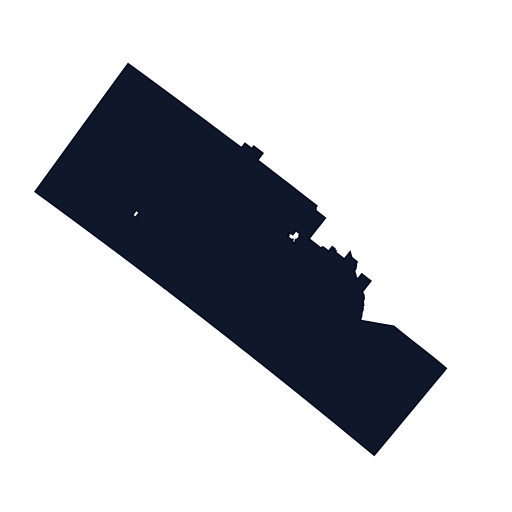 the district of MacDonnell, Northern Territory, Australia, rotated 38°
{"feature_id": "25037944B32264354424251", "entity_name": "MacDonnell", "entity_type": "district", "adm_level": 2, "iso_a3": "AUS", "parent_name": "Australia", "parent_adm1": "Northern Territory", "projection": "albers", "projection_center": [133.822, -24.426], "detail": "fine", "context": "isolated", "style": "filled", "palette": "ink", "viewbox_px": 512, "rotation_deg": 38, "n_neighbors": 0, "source": "geoboundaries", "source_scale": "gbopen_adm2", "svg_char_len": 5452}
<svg xmlns="http://www.w3.org/2000/svg" viewBox="0 0 512 512"><g transform="rotate(38 256 256)"><path d="M475.2,227.4L459.9,226.9L444.3,226.8L428.7,226.8L419.2,226.7L407.8,226.5L394.1,233.9L380.3,241.2L377.8,242.5L377.7,242.2L377.5,241.9L377.4,241.5L377.4,241.3L377.3,241.1L377.0,240.3L376.8,239.9L376.6,239.5L376.4,238.8L376.2,238.4L376.1,238.1L375.7,237.5L375.5,237.2L375.3,236.9L375.0,236.7L374.9,236.6L374.8,236.4L374.7,236.1L374.6,235.9L374.4,235.4L374.3,235.2L374.2,235.0L374.0,234.7L373.9,234.5L373.9,234.3L373.8,234.1L373.7,233.9L373.7,233.7L373.6,233.1L373.6,232.9L373.6,232.7L373.3,232.5L373.1,232.3L373.0,232.2L372.8,231.7L372.7,231.4L372.6,231.2L372.1,230.9L371.9,230.7L371.7,230.5L371.4,230.0L371.3,229.8L371.3,229.5L371.3,228.9L371.2,228.7L371.1,228.4L370.9,228.3L370.8,228.2L370.6,228.1L370.4,228.0L370.3,227.9L370.2,227.8L370.0,227.4L369.9,227.1L369.7,227.0L369.3,226.7L369.1,226.6L368.9,226.5L368.6,226.1L368.4,225.9L368.4,225.7L368.3,225.4L368.3,225.1L368.1,224.7L368.0,224.4L367.7,224.0L367.7,223.9L367.6,223.7L367.6,223.4L367.5,223.1L367.4,222.9L367.0,222.4L366.7,222.3L366.6,222.1L366.4,221.8L366.3,221.7L366.2,221.6L365.8,221.1L365.6,220.9L365.4,220.7L365.0,220.4L364.7,220.3L364.5,220.1L363.9,219.8L363.6,219.6L363.3,219.5L362.9,219.3L362.7,219.3L362.6,219.2L362.2,219.1L361.9,219.0L361.9,204.9L356.6,205.0L355.8,205.0L350.3,204.9L350.4,211.3L348.5,211.2L348.1,211.2L347.3,210.4L346.4,209.7L346.1,209.4L345.8,209.2L345.5,209.0L345.2,208.7L344.9,208.5L343.9,207.9L343.8,207.7L342.7,207.7L342.7,205.3L342.6,205.0L342.4,204.6L342.2,204.3L342.1,204.0L341.7,203.3L341.5,202.9L341.4,202.4L341.2,202.0L341.0,201.7L340.9,201.6L340.8,201.4L339.9,200.5L339.8,200.2L339.7,199.6L339.6,199.3L339.4,198.7L339.3,198.3L336.1,198.3L332.3,198.2L327.5,194.7L327.5,203.8L327.5,204.1L323.9,204.0L318.4,204.0L317.9,204.0L316.6,204.0L316.0,204.0L316.0,203.2L316.0,202.6L313.5,202.6L313.6,201.7L310.3,201.7L310.3,205.9L310.2,207.6L303.5,207.5L302.6,208.1L302.6,208.4L302.6,209.1L302.6,209.9L298.3,209.8L296.7,209.8L287.2,209.8L287.2,194.9L287.3,192.0L287.3,191.2L287.3,183.3L275.3,183.3L273.1,180.5L273.1,179.0L270.1,179.0L268.1,179.0L262.0,179.1L257.5,179.1L248.7,179.1L234.0,179.1L231.1,179.2L223.5,179.2L218.2,179.3L217.3,179.3L213.8,179.3L198.3,179.4L198.2,170.7L186.5,170.8L186.6,173.9L178.6,174.0L177.9,174.0L178.0,179.6L162.4,180.0L157.7,180.1L142.1,180.4L134.9,180.5L119.3,180.9L115.2,181.0L100.9,181.3L86.4,181.7L58.0,182.5L36.8,183.2L37.5,205.5L38.2,225.8L38.8,242.5L42.3,341.3L43.1,341.3L48.5,341.1L52.3,341.0L56.9,340.8L57.7,340.8L58.4,340.8L60.7,340.7L62.3,340.6L62.5,340.6L67.4,340.5L68.3,340.5L70.5,340.4L70.9,340.4L71.0,340.4L71.7,340.4L72.2,340.3L73.3,340.3L76.9,340.2L77.5,340.2L78.0,340.2L81.5,340.1L81.8,340.1L82.2,340.0L82.6,340.0L84.9,340.0L97.7,339.6L98.1,339.6L98.6,339.6L99.6,339.6L100.2,339.5L100.8,339.5L101.0,339.5L101.3,339.5L101.8,339.5L104.5,339.4L104.9,339.4L106.7,339.4L107.0,339.4L107.3,339.4L109.4,339.3L109.7,339.3L109.8,339.3L113.9,339.2L124.7,339.0L125.4,338.9L138.5,338.7L139.2,338.6L140.0,338.6L167.3,338.1L167.6,338.1L168.4,338.1L169.2,338.1L169.9,338.1L182.2,337.9L183.0,337.9L186.8,337.9L187.6,337.8L201.4,337.7L202.9,337.7L203.3,337.7L203.9,337.7L204.5,337.7L205.2,337.6L209.4,337.6L232.9,337.4L233.6,337.4L236.7,337.4L237.5,337.4L247.5,337.4L248.2,337.3L257.0,337.3L257.5,337.3L259.7,337.3L260.1,337.3L262.6,337.3L263.0,337.3L264.2,337.3L265.3,337.3L267.7,337.3L267.9,337.3L268.3,337.3L269.3,337.3L271.2,337.3L272.5,337.3L274.2,337.3L275.5,337.3L275.8,337.3L285.7,337.3L285.8,337.3L288.1,337.3L288.8,337.3L289.2,337.3L290.4,337.3L290.9,337.3L291.5,337.3L292.4,337.3L299.1,337.4L300.2,337.4L300.7,337.4L301.2,337.4L302.3,337.4L303.2,337.4L303.7,337.4L303.8,337.4L304.8,337.4L305.8,337.4L307.4,337.4L309.8,337.4L311.8,337.4L313.5,337.4L314.1,337.4L314.6,337.4L316.5,337.5L317.7,337.5L318.1,337.5L318.8,337.5L320.4,337.5L321.1,337.5L325.0,337.5L325.7,337.5L326.5,337.5L328.0,337.5L329.1,337.5L330.3,337.6L336.6,337.6L350.9,337.8L351.3,337.8L352.7,337.8L353.3,337.8L353.7,337.8L353.8,337.8L356.2,337.8L356.8,337.8L357.3,337.8L358.6,337.9L359.0,337.9L364.8,337.9L366.6,338.0L367.1,338.0L376.5,338.1L380.4,338.2L384.3,338.2L388.3,338.3L400.1,338.5L400.4,338.5L404.2,338.6L408.2,338.7L420.1,338.9L424.1,339.0L428.1,339.1L432.1,339.2L436.1,339.3L444.0,339.5L448.4,339.6L452.0,339.7L455.9,339.8L459.9,339.9L467.9,340.1L471.8,340.2L472.0,335.6L472.0,334.1L472.6,316.3L472.8,309.4L473.2,294.7L473.7,278.5L474.4,254.6L474.6,247.7L474.7,243.8L475.1,232.9L475.1,232.3L475.2,227.4ZM271.9,215.0L271.9,214.9L271.9,214.7L271.9,213.3L271.9,213.1L271.9,212.2L271.9,211.5L273.4,211.5L274.5,211.5L275.0,211.5L275.4,211.5L276.6,211.5L277.2,211.5L277.2,213.3L278.2,213.4L278.2,214.4L278.2,216.5L278.2,217.0L278.2,217.5L278.2,218.2L277.3,218.2L277.3,218.5L277.2,218.6L277.2,218.8L277.2,219.2L277.2,219.5L278.0,219.5L278.2,220.1L278.2,221.8L278.2,222.2L277.0,222.2L276.2,222.2L275.6,222.2L275.4,222.2L275.2,221.2L275.0,220.8L274.9,220.1L274.7,220.2L273.7,221.2L272.6,221.2L271.5,221.2L270.7,221.2L269.2,221.2L269.3,220.9L269.3,220.1L269.3,219.6L268.5,219.8L268.5,219.4L268.5,219.1L267.8,219.3L267.8,217.7L268.6,217.4L268.8,217.3L268.9,217.2L269.1,217.2L270.5,216.5L271.9,216.5L271.9,215.7L271.9,215.0L271.9,215.0ZM133.6,299.8L133.5,298.2L133.5,296.7L133.5,295.1L133.4,293.6L135.0,293.6L136.6,293.5L137.2,293.5L137.3,297.4L137.3,298.2L137.4,299.7L135.5,299.8L133.6,299.8Z" fill="#0f172a" stroke="#020617" stroke-width="1.5"/></g></svg>